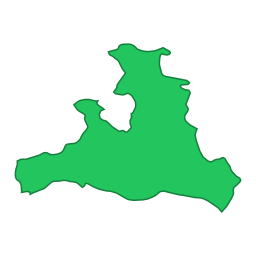 map outline of Salzburg (Equal Earth projection)
{"feature_id": "AUT-2327", "entity_name": "Salzburg", "entity_type": "State", "adm_level": 1, "iso_a3": "AUT", "parent_name": "Austria", "parent_adm1": "", "projection": "equal_earth", "projection_center": [12.999, 47.494], "detail": "fine", "context": "isolated", "style": "filled", "palette": "green", "viewbox_px": 256, "rotation_deg": 0, "n_neighbors": 0, "source": "natural_earth", "source_scale": "10m", "svg_char_len": 3328}
<svg xmlns="http://www.w3.org/2000/svg" viewBox="0 0 256 256"><path d="M30.1,194.3L30.1,192.3L27.3,191.4L21.5,192.4L21.6,191.7L21.3,185.8L20.9,184.3L19.9,182.1L19.0,181.2L17.0,179.8L16.3,178.8L15.6,177.2L15.4,175.5L15.4,172.6L15.7,170.3L17.4,164.2L17.2,161.0L20.5,159.5L22.2,159.2L25.9,159.3L39.5,155.1L43.8,152.8L45.5,152.6L47.0,152.8L49.7,154.2L51.3,154.6L53.1,154.7L57.1,154.2L59.4,153.4L61.0,152.7L62.5,151.4L63.7,149.7L64.8,146.9L65.7,145.4L66.4,144.6L67.3,144.3L68.5,144.0L74.4,143.4L75.8,142.9L77.1,142.2L78.1,141.4L79.1,140.4L80.0,139.3L82.5,134.4L83.8,132.6L86.2,130.0L87.0,128.7L87.6,127.6L87.8,126.9L87.6,126.0L85.2,120.8L84.8,119.0L84.6,117.7L85.2,116.5L85.3,115.8L84.9,115.0L83.8,113.9L79.5,111.4L77.0,109.4L73.9,104.7L78.2,101.4L80.5,100.4L84.8,99.5L89.1,99.5L95.9,101.1L97.9,100.8L96.7,103.5L98.6,105.6L101.7,107.4L104.1,109.4L100.8,110.8L99.3,114.4L100.0,118.2L103.0,120.3L104.8,120.6L106.0,121.0L107.0,121.7L112.5,127.0L118.4,130.9L119.7,131.4L120.8,131.0L121.8,130.6L123.0,130.5L124.2,131.1L124.9,131.7L125.6,132.1L126.9,132.1L127.8,131.4L131.2,127.8L131.2,126.6L130.9,125.6L130.5,124.8L130.2,124.0L130.1,123.0L130.1,120.3L130.4,119.9L131.6,117.4L131.7,117.1L131.4,117.2L131.3,113.7L131.7,113.8L133.6,111.6L133.7,111.1L135.1,108.1L135.4,107.7L135.7,105.9L135.7,104.0L135.4,102.0L134.4,99.7L132.1,96.2L130.6,94.7L129.1,93.7L127.2,93.4L124.2,94.6L122.4,94.9L115.6,93.8L113.7,92.0L115.9,89.0L116.7,87.9L116.9,86.9L117.0,85.9L117.2,84.9L117.9,83.7L125.6,72.9L125.1,72.4L122.5,69.0L118.4,60.8L116.4,59.1L115.4,58.7L113.0,56.5L110.1,55.0L109.1,53.8L108.5,52.1L108.4,51.9L110.8,51.1L116.4,49.7L117.9,48.9L118.3,48.2L119.2,45.9L120.7,44.9L122.9,44.3L128.0,44.1L131.0,44.4L134.0,45.9L137.5,49.2L138.1,49.5L138.7,49.7L143.4,51.2L148.0,51.6L155.0,50.9L163.2,47.7L166.9,49.9L168.1,50.5L169.2,51.1L170.2,52.2L170.1,53.4L169.0,54.5L167.3,54.9L165.5,54.8L162.3,54.0L161.4,54.1L160.8,54.5L160.4,55.3L160.0,56.6L159.7,58.4L159.4,62.8L159.5,64.8L159.9,66.8L161.4,72.5L161.9,73.9L163.0,75.2L164.9,76.3L186.8,80.5L189.6,82.7L188.1,84.3L186.2,84.6L181.4,84.8L180.6,85.4L180.4,86.1L181.0,87.3L181.4,87.8L182.0,88.3L183.2,88.9L185.7,89.9L188.7,90.2L189.6,91.6L190.2,93.0L185.8,104.8L187.8,107.8L188.2,109.2L187.8,110.8L187.2,112.0L185.3,114.7L184.6,116.8L184.9,119.1L185.8,121.2L190.1,125.0L197.1,128.9L196.1,131.2L195.3,134.1L195.1,135.3L196.3,140.8L199.9,151.3L203.1,157.0L206.9,160.2L209.0,161.5L210.8,161.9L212.5,161.4L214.2,160.2L216.2,159.5L219.6,159.1L221.4,158.1L223.2,157.6L224.8,158.5L226.8,162.0L229.5,165.7L230.1,167.1L230.5,168.4L231.1,170.1L232.0,171.5L236.1,176.0L239.7,178.3L240.6,179.6L240.4,181.2L238.0,183.9L234.5,186.9L233.5,188.3L233.3,190.3L233.5,193.4L232.9,195.2L231.6,198.2L226.4,206.7L221.7,211.9L218.2,207.8L207.7,200.7L203.4,198.7L200.3,197.9L194.9,197.5L182.7,195.2L180.1,195.0L168.9,192.4L164.1,191.1L161.9,191.3L160.0,191.7L157.0,194.3L154.2,196.2L147.8,198.9L143.0,199.8L133.9,200.3L130.3,199.9L128.0,199.4L126.0,198.4L116.3,192.9L110.4,191.2L106.5,190.9L99.1,189.2L93.5,186.8L88.7,184.1L87.2,183.5L86.1,183.4L85.5,183.7L85.1,184.1L85.0,184.5L84.9,185.0L84.7,185.5L84.3,186.0L83.9,186.4L82.3,187.3L77.6,183.2L75.5,182.2L73.1,181.8L69.9,181.5L66.4,180.5L63.1,180.4L58.9,181.1L56.0,181.1L53.5,181.4L51.5,182.2L44.3,188.4L33.4,192.7L30.1,194.3Z" fill="#22c55e" stroke="#15803d" stroke-width="1.5"/></svg>